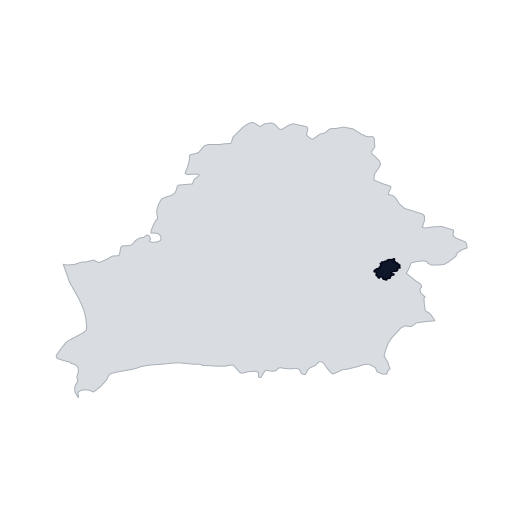 Karma, Gomel, Belarus shown in context, rotated 353°
{"feature_id": "67162791B17316516711258", "entity_name": "Karma", "entity_type": "district", "adm_level": 2, "iso_a3": "BLR", "parent_name": "Belarus", "parent_adm1": "Gomel", "projection": "equal_earth", "projection_center": [30.843, 53.121], "detail": "fine", "context": "in_parent", "style": "filled", "palette": "ink", "viewbox_px": 512, "rotation_deg": 353, "n_neighbors": 0, "source": "geoboundaries", "source_scale": "gbopen_adm2", "svg_char_len": 6269}
<svg xmlns="http://www.w3.org/2000/svg" viewBox="0 0 512 512"><g transform="rotate(353 256 256)"><path d="M425.6,342.1L417.1,341.8L407.1,341.9L401.4,345.0L395.2,343.5L390.9,345.2L380.9,353.7L376.9,358.2L373.2,365.2L371.0,370.4L372.2,374.1L374.0,377.5L374.4,381.1L375.4,384.0L372.9,386.1L371.4,389.1L367.2,388.6L362.0,385.7L360.9,381.5L357.0,378.6L354.4,377.1L350.0,376.9L343.1,378.2L334.1,379.3L327.3,379.5L323.5,381.0L318.0,382.5L315.9,380.7L312.9,376.0L310.5,371.3L308.8,369.3L307.3,368.7L305.4,368.8L303.3,370.3L301.7,371.8L296.0,373.6L293.4,375.3L290.6,379.6L288.8,379.3L286.9,378.3L284.8,373.4L281.8,372.3L277.1,372.3L271.2,371.2L266.4,369.8L264.6,370.1L261.7,372.2L258.6,372.5L251.9,370.7L250.5,371.5L246.5,376.8L244.7,377.1L243.7,376.4L244.3,371.8L240.4,370.1L233.8,369.9L229.1,370.6L226.9,370.4L225.7,369.5L220.2,361.7L217.2,361.2L211.8,361.6L203.8,360.6L194.7,358.9L189.7,358.2L187.1,356.5L181.5,355.9L166.4,352.6L160.2,352.1L151.1,352.0L137.2,351.3L128.3,351.7L124.1,352.8L119.4,353.4L102.8,354.3L96.9,355.2L95.1,356.8L93.0,360.4L85.9,366.6L79.1,370.7L77.9,371.1L74.1,368.9L70.9,368.1L67.2,367.9L64.5,368.6L62.7,369.6L62.7,374.4L62.3,374.8L59.7,369.2L60.1,364.0L61.9,361.1L64.0,358.5L63.4,354.5L65.6,349.3L65.8,345.5L65.1,343.9L63.6,342.0L59.4,340.0L57.6,338.3L51.9,336.2L46.3,333.5L45.4,331.8L45.7,330.7L46.8,328.9L51.5,323.9L56.5,319.0L59.6,317.1L76.0,310.8L78.6,308.6L79.4,305.0L79.5,297.5L78.8,290.7L77.8,286.1L75.2,277.4L67.8,259.4L63.7,240.8L66.9,241.9L74.5,242.3L80.6,241.0L83.8,240.9L86.6,241.3L94.6,240.2L96.5,241.9L100.0,243.4L107.1,241.2L113.4,238.6L119.8,238.9L120.8,237.6L122.7,231.1L124.6,229.7L132.3,230.3L135.2,229.1L138.3,225.9L142.9,223.9L146.7,223.9L150.7,221.7L152.6,223.2L153.4,225.9L152.0,228.0L152.6,228.9L155.3,229.9L159.9,229.9L163.0,229.0L163.7,227.8L163.8,225.5L163.1,223.5L161.2,221.7L157.5,220.7L154.9,220.7L154.5,219.6L155.5,217.1L158.0,212.6L160.9,208.5L162.7,207.0L163.1,205.6L162.8,203.2L162.9,198.8L165.7,192.6L169.2,187.9L173.8,186.5L179.4,185.6L183.1,183.5L184.9,180.9L186.5,177.0L188.3,176.2L201.7,176.7L203.8,172.7L205.0,171.6L207.6,170.5L209.4,169.1L208.8,168.0L205.4,167.3L197.4,166.7L195.8,165.4L196.4,163.8L198.7,159.7L200.9,154.5L202.1,150.5L202.2,148.1L203.4,147.5L209.9,146.7L212.1,145.9L217.9,140.4L222.2,139.5L233.2,140.9L238.2,140.8L244.6,141.2L245.2,140.6L247.6,135.2L258.7,126.6L264.5,123.6L268.2,122.9L269.5,123.1L275.3,127.6L276.6,127.8L280.5,125.9L287.3,125.7L290.4,127.3L294.7,132.9L297.0,133.6L303.6,130.5L307.2,129.4L309.6,129.5L321.9,133.8L322.8,135.2L322.8,136.8L320.8,141.9L323.4,145.1L326.3,147.2L332.7,143.7L335.0,142.7L337.6,142.7L341.0,141.4L343.5,139.4L345.9,138.7L350.4,139.2L358.6,138.7L368.2,141.8L369.0,142.8L373.8,146.4L375.4,148.2L377.0,148.7L379.5,150.5L382.9,151.6L385.3,151.3L386.4,151.9L387.5,153.3L387.6,155.6L387.2,162.4L383.8,166.0L383.4,167.2L383.5,168.8L386.2,171.7L389.8,176.3L390.6,178.9L390.6,180.9L385.8,186.8L384.2,188.2L383.1,191.1L382.5,194.0L382.8,195.2L390.9,199.9L396.8,202.5L398.2,203.7L398.3,204.5L395.1,209.6L394.8,210.9L399.6,213.0L402.2,216.3L404.6,221.7L409.2,226.9L426.1,234.5L427.6,235.9L428.1,237.5L427.6,241.1L424.6,247.8L427.5,248.9L435.0,248.6L444.1,249.4L455.0,254.3L455.1,256.4L454.0,258.4L454.8,260.5L456.0,262.2L465.5,267.6L466.4,269.2L466.6,271.8L466.4,273.8L463.8,274.2L460.9,275.1L456.1,277.4L454.3,280.7L446.6,285.2L441.9,287.2L438.1,287.3L429.0,286.4L425.8,284.2L424.5,282.1L421.0,281.2L416.4,281.1L410.0,281.5L408.7,282.1L407.7,284.6L405.0,288.9L403.0,291.3L411.2,299.9L415.3,303.4L416.6,305.6L416.5,307.1L414.6,308.9L414.9,312.6L418.9,317.4L417.6,318.1L417.2,324.0L417.3,330.4L418.3,331.9L420.5,333.2L422.3,335.5L425.3,340.8L425.6,342.1Z" fill="#d9dde1" stroke="#a8b0b8" stroke-width="1"/><path d="M398.2,285.1L397.7,285.1L397.3,284.8L397.1,284.4L397.1,283.9L397.4,283.5L397.7,282.7L397.5,282.4L396.8,282.3L396.4,282.2L396.4,281.8L396.5,281.5L396.0,281.3L395.6,281.2L395.4,281.0L395.5,280.5L395.4,280.1L395.0,280.0L394.3,280.0L393.7,280.0L393.5,279.6L393.7,279.3L393.7,278.8L393.2,278.5L392.7,278.3L392.2,278.3L392.2,278.2L392.3,277.9L392.5,277.6L392.7,277.3L392.8,277.1L392.9,276.9L393.0,276.5L393.1,276.1L393.1,275.8L392.9,275.6L392.5,275.6L392.1,275.6L391.7,275.8L391.3,276.0L390.7,276.1L389.5,276.1L388.7,276.1L388.3,276.0L387.9,275.7L387.6,275.7L386.9,275.9L386.2,276.0L385.7,276.1L385.6,276.4L385.6,276.7L385.3,277.0L384.5,277.0L383.6,277.0L383.1,277.0L382.8,277.1L382.5,277.4L381.6,277.5L381.0,277.4L380.1,277.3L379.9,277.6L379.9,277.9L380.0,278.2L379.8,278.4L379.2,278.5L378.5,278.6L378.6,279.3L378.9,279.5L379.1,279.6L379.2,279.8L378.9,280.1L378.7,280.3L378.5,280.7L378.3,281.0L378.1,281.4L378.1,281.8L377.6,282.0L377.3,282.1L377.1,282.1L376.9,282.2L376.9,282.6L377.2,283.1L377.5,283.5L377.4,283.8L376.8,283.9L376.0,283.7L375.7,283.5L375.3,283.3L374.6,283.3L374.1,283.5L373.8,283.7L373.3,283.9L372.6,284.3L371.8,284.7L371.4,285.2L371.4,285.9L371.5,286.2L372.0,286.3L372.6,286.3L373.0,286.4L373.4,286.4L373.7,286.6L373.7,286.8L373.7,287.1L373.5,287.3L373.4,287.6L373.3,287.9L373.2,288.2L373.0,288.5L373.0,288.9L373.0,289.3L373.2,289.6L373.0,290.0L373.5,290.3L373.8,290.7L374.0,291.0L374.2,291.3L374.5,291.9L374.7,292.3L374.9,292.6L375.4,292.9L375.7,292.9L375.9,292.4L375.9,292.2L376.2,292.0L376.5,291.9L377.5,291.9L377.7,292.0L378.3,292.2L378.6,292.4L378.7,292.7L378.9,292.9L379.3,292.9L379.5,293.1L379.6,293.3L379.3,293.6L379.2,294.1L379.4,294.3L379.6,294.5L380.2,294.8L381.1,295.1L381.7,295.2L382.0,295.5L382.7,295.7L382.8,295.5L382.9,295.2L382.5,294.9L382.4,294.7L382.5,294.5L382.6,294.4L383.4,294.4L384.7,294.4L385.6,294.4L385.9,294.4L386.3,294.3L386.5,293.9L386.4,293.7L386.4,293.4L386.6,293.3L387.0,293.1L387.3,292.8L387.4,292.6L387.4,292.2L387.4,291.9L387.7,291.7L388.2,291.5L388.9,291.6L389.6,291.6L390.4,291.6L390.7,291.3L390.7,290.9L390.4,290.6L390.0,290.5L389.7,290.4L388.9,290.3L388.7,290.1L388.6,289.6L388.3,289.5L387.9,289.4L387.5,289.2L387.8,288.8L388.1,288.6L388.3,288.4L388.7,288.3L389.4,288.2L390.0,288.1L390.6,288.1L391.5,288.0L392.7,288.1L393.4,288.1L394.0,288.0L394.2,287.8L394.5,287.6L394.8,287.4L394.9,287.1L394.9,286.7L394.7,286.6L394.7,286.1L394.8,285.8L394.9,285.5L395.2,285.4L395.6,285.3L396.4,285.4L396.9,285.4L397.3,285.3L398.2,285.1L398.2,285.1Z" fill="#0f172a" stroke="#020617" stroke-width="1.5"/></g></svg>